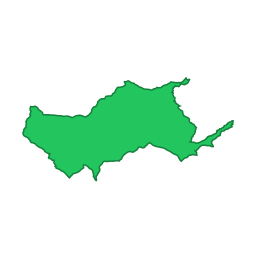 the district of Suratá, Santander, Colombia, rotated 283°
{"feature_id": "7082276B18867308996303", "entity_name": "Suratá", "entity_type": "district", "adm_level": 2, "iso_a3": "COL", "parent_name": "Colombia", "parent_adm1": "Santander", "projection": "natural_earth1", "projection_center": [-72.981, 7.457], "detail": "fine", "context": "isolated", "style": "filled", "palette": "green", "viewbox_px": 256, "rotation_deg": 283, "n_neighbors": 0, "source": "geoboundaries", "source_scale": "gbopen_adm2", "svg_char_len": 5883}
<svg xmlns="http://www.w3.org/2000/svg" viewBox="0 0 256 256"><g transform="rotate(283 128 128)"><path d="M188.5,177.0L189.0,177.1L189.2,176.7L189.1,176.3L188.4,175.8L188.3,175.0L188.6,174.0L189.5,173.7L189.8,173.3L185.1,170.7L184.1,169.1L183.8,168.3L183.8,167.5L183.3,166.3L182.8,163.5L182.8,161.8L182.4,160.7L182.6,159.6L182.4,159.3L181.7,158.9L178.9,156.0L177.9,153.9L177.1,152.8L174.7,150.9L174.1,149.0L174.0,147.9L174.1,147.1L173.9,146.8L172.7,146.3L172.3,145.8L172.1,144.5L170.2,142.6L170.1,142.1L170.3,141.2L170.3,139.5L169.6,135.1L169.7,134.1L170.4,132.2L170.5,130.8L170.4,130.2L170.5,129.5L171.2,128.5L171.9,126.2L172.0,125.3L172.3,124.6L172.9,123.9L172.8,121.7L173.6,118.9L174.0,118.2L174.0,117.6L173.8,117.2L172.6,115.9L172.5,114.3L172.1,114.1L170.6,115.3L169.3,115.9L167.3,113.8L165.9,111.1L165.5,109.4L165.2,108.7L164.7,108.4L162.3,107.5L160.0,107.1L159.0,106.5L157.9,105.3L155.7,104.9L155.2,103.4L154.9,102.1L153.9,99.5L153.0,99.0L151.9,98.9L151.2,98.6L151.0,98.2L150.9,96.6L149.7,94.4L146.8,92.7L144.2,92.7L142.2,91.9L141.5,91.4L141.0,90.1L139.4,89.1L137.4,88.6L135.9,88.8L134.7,88.6L133.8,87.9L132.0,87.0L131.5,86.6L130.6,85.5L129.4,84.5L129.2,84.1L129.3,82.2L129.6,80.7L129.6,78.0L129.2,77.4L129.0,76.4L128.5,75.2L127.0,73.0L125.8,71.9L125.6,71.5L126.1,67.2L125.6,64.5L124.7,62.8L125.0,61.3L124.1,55.8L124.0,53.6L123.3,50.0L123.1,48.0L122.5,45.3L121.8,42.6L122.2,42.0L123.2,41.6L124.0,40.8L125.0,38.9L125.6,37.1L127.0,35.7L128.0,34.1L128.3,32.4L127.5,31.1L127.0,29.5L127.0,28.3L125.7,28.2L123.5,28.5L122.4,29.8L121.2,29.5L119.8,29.6L119.0,29.3L118.4,30.3L117.3,30.0L116.4,29.4L116.0,29.4L114.2,27.8L112.9,27.6L111.3,27.1L109.7,27.9L108.7,28.0L107.9,27.9L106.8,28.3L106.1,28.4L105.7,28.3L105.2,27.7L104.9,27.7L104.9,27.9L103.3,26.9L102.5,26.9L101.4,27.2L99.9,26.7L98.4,27.2L97.6,27.9L97.2,28.2L96.9,28.9L96.0,32.4L95.7,33.1L94.7,34.1L94.3,35.0L93.9,35.2L93.4,35.7L92.7,36.0L92.1,36.9L92.3,37.0L92.2,38.4L91.8,40.4L91.7,41.3L90.8,42.5L89.5,45.1L88.8,48.7L88.3,49.7L88.0,51.0L87.2,51.4L86.8,51.8L85.9,53.5L85.2,56.3L85.3,57.0L85.4,57.5L84.2,57.0L83.2,57.8L82.6,57.4L81.1,57.2L80.5,58.0L80.6,59.3L80.2,60.6L79.6,61.4L79.3,61.5L79.3,61.8L79.9,62.9L79.9,63.2L79.6,63.4L77.6,63.6L76.6,64.4L75.7,65.7L74.8,66.2L74.5,65.7L74.2,65.5L73.6,66.7L72.8,66.9L72.6,67.3L72.7,68.7L72.2,69.9L72.2,70.8L71.9,71.5L71.3,72.3L71.1,73.8L70.7,75.4L69.9,76.8L66.2,82.1L66.5,82.5L67.8,82.8L69.2,83.9L70.9,84.6L73.1,88.4L73.9,89.4L75.2,90.6L77.2,91.8L79.1,93.7L80.1,93.5L81.2,93.0L81.8,93.0L82.2,93.2L82.3,94.0L82.1,95.3L81.6,97.4L81.3,97.9L80.7,98.3L80.6,98.7L80.0,99.4L79.7,100.0L79.5,101.9L79.2,102.4L77.6,103.5L74.5,105.1L72.9,105.2L72.0,106.4L70.8,107.1L70.8,107.3L70.9,107.6L70.8,107.9L70.1,108.0L69.8,108.3L69.7,108.9L70.8,108.9L71.6,108.2L73.1,108.1L73.7,107.7L74.6,108.4L76.5,108.7L77.3,109.3L78.2,109.4L79.6,110.0L81.7,109.8L82.8,108.9L84.3,108.9L86.9,110.6L87.9,111.0L89.4,111.3L89.7,111.9L90.4,112.7L90.4,114.1L90.8,115.7L91.4,117.2L92.5,121.6L93.0,122.7L93.9,125.5L93.9,127.0L94.8,127.2L96.5,128.7L98.6,129.0L100.5,129.8L103.4,132.1L105.1,134.0L105.5,135.3L105.5,137.2L105.6,138.3L105.8,138.7L108.8,141.6L111.8,142.8L112.1,143.1L112.1,145.6L111.9,146.6L112.5,148.1L113.0,148.6L114.1,148.9L115.8,150.4L117.0,150.8L118.5,152.4L118.3,152.7L118.1,153.7L117.7,154.7L117.2,155.3L116.6,157.2L116.4,160.0L116.5,167.2L115.9,169.6L115.2,171.3L114.8,173.9L113.4,177.4L113.0,178.8L112.6,181.3L112.4,182.2L111.3,183.6L110.3,184.2L108.4,186.0L107.7,187.0L107.6,187.4L111.0,189.6L111.7,190.4L112.1,191.5L112.9,192.5L114.7,193.2L115.0,193.6L116.0,196.0L116.8,197.4L116.7,198.8L117.0,200.0L117.0,201.2L118.3,200.6L119.8,200.3L120.3,199.1L120.8,198.5L121.3,199.6L123.9,201.3L125.2,201.7L127.6,203.8L128.0,204.4L128.5,206.5L128.5,208.4L129.2,211.9L128.7,213.3L128.9,215.1L129.4,215.2L129.8,215.0L131.4,213.3L132.0,212.9L132.6,212.7L133.6,212.7L135.0,213.2L135.6,213.6L137.4,215.7L139.9,217.2L140.2,217.7L140.6,218.0L141.0,218.9L141.6,219.5L143.5,219.2L144.2,219.6L145.5,219.6L145.9,219.8L146.6,221.8L147.0,222.5L148.6,223.5L148.8,224.2L149.6,225.6L151.6,227.6L152.0,228.1L152.3,228.9L152.7,229.1L152.9,228.6L153.5,228.3L153.7,228.0L154.2,228.1L154.4,228.0L154.9,228.2L154.8,228.9L154.9,229.3L155.6,229.0L156.4,229.1L156.9,228.8L158.6,228.8L158.4,227.8L157.7,227.2L157.0,226.9L156.5,225.4L155.6,224.8L155.1,224.1L154.7,223.8L153.9,223.8L153.6,223.4L152.8,222.9L151.9,221.3L150.1,220.9L149.3,219.7L148.3,218.9L147.9,218.1L147.8,217.5L146.7,217.2L146.1,215.9L145.4,215.2L144.8,215.2L144.6,215.7L142.5,215.0L141.1,212.8L140.5,212.6L140.0,211.5L139.0,211.1L139.0,210.0L138.5,209.2L138.1,208.9L138.0,208.4L137.6,208.1L137.5,207.7L136.7,207.6L135.7,206.7L134.3,206.1L133.0,204.7L132.2,203.5L130.6,201.8L129.6,200.3L128.7,198.4L128.5,197.4L128.9,196.5L128.9,196.1L128.8,194.6L128.4,192.8L128.4,191.7L129.0,192.4L129.9,192.5L131.9,192.5L132.4,192.1L133.1,192.0L134.1,193.2L135.0,193.3L135.8,193.1L137.1,194.1L138.2,194.1L139.0,194.4L139.6,194.4L140.3,194.0L142.0,194.4L143.1,194.1L143.7,194.6L143.8,194.6L144.6,193.0L146.3,191.4L146.5,189.6L147.0,189.3L147.3,188.6L147.3,188.2L147.1,187.7L147.4,187.1L148.7,186.1L150.0,186.0L150.4,185.8L151.3,184.7L151.6,183.7L152.3,179.8L152.8,179.7L153.9,178.5L156.5,177.4L157.1,176.5L157.3,174.9L158.8,172.4L159.3,172.2L160.0,172.3L161.1,173.7L161.3,172.4L161.7,172.0L162.3,171.0L162.3,169.9L162.9,169.4L163.2,168.6L164.2,168.4L164.4,167.1L164.8,166.0L165.0,167.4L165.2,167.5L165.9,167.2L166.9,167.1L167.2,166.9L168.2,166.9L168.3,166.7L168.5,165.7L170.4,164.3L171.1,164.2L172.4,164.2L172.8,163.3L172.6,162.7L173.5,163.0L174.5,163.7L175.4,162.9L175.9,162.6L176.7,163.3L177.2,163.3L177.8,163.0L178.5,164.2L179.7,164.4L179.4,165.5L179.9,167.2L179.7,168.0L180.0,168.4L180.7,168.8L182.0,169.3L182.8,169.2L182.9,170.0L182.9,173.1L183.1,173.7L183.8,173.9L184.1,175.0L185.6,176.2L186.3,176.5L187.5,176.6L188.5,177.0Z" fill="#22c55e" stroke="#15803d" stroke-width="1.5"/></g></svg>